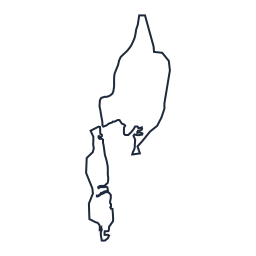 outline of Aswan, Aswan, Egypt
{"feature_id": "37247803B76296882951531", "entity_name": "Aswan", "entity_type": "district", "adm_level": 2, "iso_a3": "EGY", "parent_name": "Egypt", "parent_adm1": "Aswan", "projection": "equal_earth", "projection_center": [32.878, 24.033], "detail": "fine", "context": "isolated", "style": "outline", "palette": "slate", "viewbox_px": 256, "rotation_deg": 0, "n_neighbors": 0, "source": "geoboundaries", "source_scale": "gbopen_adm2", "svg_char_len": 2975}
<svg xmlns="http://www.w3.org/2000/svg" viewBox="0 0 256 256"><path d="M139.9,153.4L137.5,146.4L141.8,141.7L150.1,131.5L157.2,125.8L161.4,117.6L164.4,108.8L164.4,103.4L169.9,70.4L168.8,60.9L162.2,52.8L154.0,51.9L153.6,46.5L145.0,15.4L143.3,15.4L141.2,15.4L140.9,15.4L139.2,15.4L138.6,19.4L137.8,24.6L136.1,29.8L135.4,34.7L134.9,36.6L134.5,38.2L132.8,42.2L130.8,46.2L127.8,50.1L126.3,51.7L123.4,54.4L120.7,57.0L119.9,58.8L119.0,60.8L118.1,65.0L115.9,70.3L114.6,73.6L114.2,76.6L114.1,79.4L114.1,86.2L113.5,90.7L112.5,93.5L110.0,95.6L107.0,96.8L106.6,96.8L105.1,96.8L104.7,96.8L101.2,97.9L99.9,100.3L99.5,106.2L100.3,109.9L100.9,113.9L102.3,121.6L102.5,125.5L103.3,126.6L104.6,126.1L105.7,125.7L106.5,125.4L108.8,123.6L112.3,122.4L112.9,121.6L113.0,121.6L114.6,121.6L117.8,120.0L119.5,120.1L120.5,121.7L121.9,123.7L124.1,124.5L125.2,125.6L124.1,127.4L123.9,130.2L124.0,133.9L125.2,135.0L125.3,135.0L128.2,135.0L130.9,132.5L132.0,131.2L133.6,129.2L135.1,126.5L137.5,126.5L138.4,127.5L138.4,128.1L140.2,128.0L141.8,127.3L142.1,128.7L141.6,129.8L140.1,130.4L138.1,130.7L137.3,131.9L137.3,132.9L138.4,132.6L140.7,132.6L142.4,133.4L142.2,134.6L140.6,134.8L138.7,135.2L137.3,135.1L136.5,135.0L134.4,134.4L133.5,135.8L134.3,137.6L135.2,140.0L135.0,142.0L135.0,142.7L134.8,143.9L134.8,146.3L134.8,146.5L134.5,148.7L132.9,152.2L132.2,154.4L132.2,154.5L139.9,153.4ZM99.9,126.9L98.5,126.7L90.6,130.7L93.4,136.9L93.2,144.8L93.8,148.3L92.8,152.1L86.7,158.0L86.1,172.9L92.4,188.5L92.9,193.5L88.9,203.6L89.4,219.1L92.8,220.8L95.8,222.3L97.6,222.8L98.0,223.2L98.5,223.7L98.7,224.1L99.7,225.6L99.8,227.1L99.8,227.4L99.8,228.1L99.7,230.3L99.8,230.3L100.3,230.0L100.3,228.3L100.7,227.9L101.2,227.4L101.2,227.5L101.3,227.8L101.8,229.7L101.0,232.1L100.8,232.6L100.8,234.1L100.8,234.4L101.2,237.4L101.5,238.9L101.7,240.5L103.5,240.6L105.0,240.5L107.7,238.4L109.1,235.6L107.9,234.8L105.6,234.9L104.6,234.9L104.5,232.9L104.8,231.3L108.4,231.1L108.9,229.6L109.1,226.7L113.1,221.1L113.1,218.6L112.9,214.2L112.5,208.9L111.0,208.7L110.3,207.3L111.0,206.7L111.0,204.4L110.9,204.4L110.1,203.0L110.1,201.5L110.3,200.4L110.6,199.0L110.8,197.8L110.8,195.0L109.0,192.7L108.0,192.4L107.1,192.1L105.7,192.1L104.0,193.0L102.7,193.7L101.6,194.1L100.8,194.2L100.1,195.1L99.2,195.6L98.2,196.3L96.9,196.4L96.9,195.6L98.2,195.6L99.4,194.9L100.4,193.9L101.0,192.9L102.2,192.9L103.3,192.1L103.7,191.9L104.8,191.4L106.4,191.1L108.0,191.4L107.4,187.4L106.3,186.7L106.2,186.7L104.6,187.1L104.0,187.1L102.5,187.1L100.5,187.1L98.5,188.1L98.2,187.1L99.6,186.1L101.3,185.9L104.1,185.9L104.4,185.9L106.0,184.3L107.6,183.1L108.2,180.3L108.2,177.4L107.8,174.6L107.8,174.4L107.8,171.6L107.8,169.8L107.7,166.3L106.8,161.6L106.1,158.8L104.9,154.9L104.1,148.9L103.9,147.6L103.7,146.0L103.0,142.7L103.0,139.6L101.7,138.8L99.5,138.8L98.6,137.8L98.6,137.6L98.5,136.3L99.1,136.0L100.5,137.6L101.9,136.1L101.9,134.8L100.5,134.0L100.2,132.8L100.2,129.7L100.0,127.7L99.9,127.2L99.9,126.9Z" fill="none" stroke="#1e293b" stroke-width="2"/></svg>